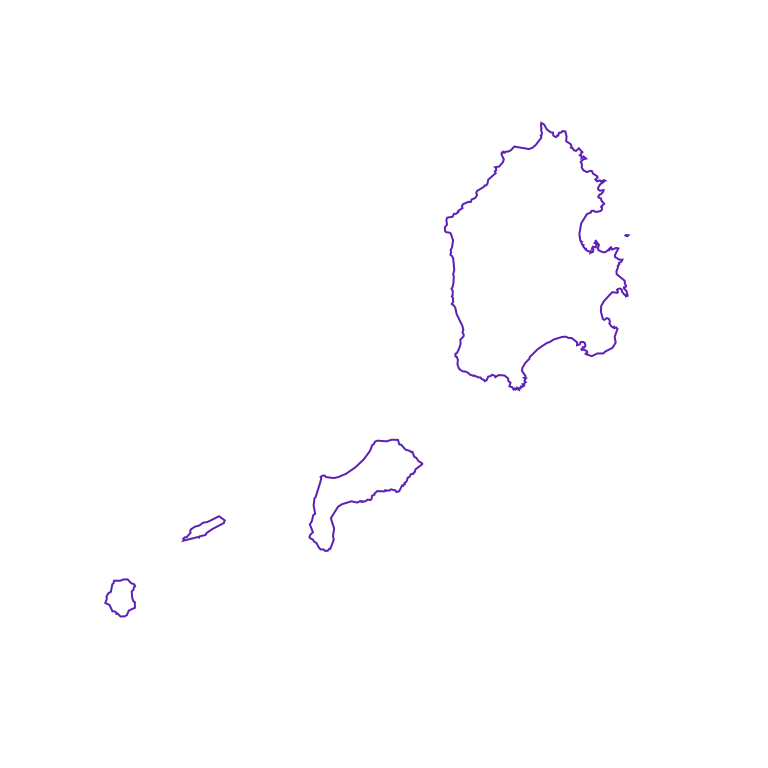 Nossa Senhora Da Luz, São Vicente, Cabo Verde (Robinson projection), rotated 105°
{"feature_id": "66160863B58817505266013", "entity_name": "Nossa Senhora Da Luz", "entity_type": "district", "adm_level": 2, "iso_a3": "CPV", "parent_name": "Cabo Verde", "parent_adm1": "São Vicente", "projection": "robinson", "projection_center": [-24.915, 16.763], "detail": "fine", "context": "isolated", "style": "outline", "palette": "violet", "viewbox_px": 768, "rotation_deg": 105, "n_neighbors": 0, "source": "geoboundaries", "source_scale": "gbopen_adm2", "svg_char_len": 6143}
<svg xmlns="http://www.w3.org/2000/svg" viewBox="0 0 768 768"><g transform="rotate(105 384 384)"><path d="M297.7,180.1L295.4,178.7L290.0,172.7L285.5,171.3L283.8,171.0L278.8,173.4L270.3,172.7L269.3,174.4L270.9,176.3L269.9,175.8L269.3,176.5L270.3,176.8L269.4,179.5L267.2,182.0L265.3,181.9L263.0,183.4L262.7,186.0L265.1,187.8L264.5,189.5L257.8,193.3L252.3,194.4L246.8,192.9L236.2,187.3L235.6,182.3L234.5,181.8L232.6,183.3L231.4,182.3L230.7,180.3L231.3,178.8L233.1,178.1L235.6,174.8L235.4,173.6L236.7,173.0L235.7,171.5L231.6,173.7L229.5,177.0L228.5,177.2L228.4,176.2L226.8,175.4L225.0,177.2L222.0,178.2L217.7,187.7L215.2,188.6L210.5,188.2L209.3,188.8L207.6,187.7L206.3,188.4L204.5,186.4L202.2,185.9L203.0,189.1L201.5,193.8L199.7,194.3L192.4,192.7L192.4,194.9L195.0,198.3L192.5,200.9L193.4,200.1L195.1,201.4L195.7,200.7L196.6,201.3L196.4,202.0L199.3,204.2L200.1,206.8L199.2,211.5L197.3,212.5L194.0,212.4L190.2,217.3L192.5,214.5L193.6,214.6L192.9,216.9L193.4,217.1L194.2,214.7L197.2,214.7L197.2,217.6L198.9,217.6L199.0,219.0L199.8,216.6L202.3,216.3L203.6,218.3L202.4,218.7L203.4,219.0L202.6,219.3L202.9,221.7L201.9,224.0L201.3,223.7L200.3,223.9L201.7,224.2L199.5,227.3L197.7,227.2L198.7,227.6L198.1,227.5L198.2,228.5L196.2,230.1L195.5,229.7L194.7,231.5L188.6,234.1L177.9,235.1L167.4,232.0L164.6,228.4L163.3,228.6L162.3,226.3L163.1,224.5L162.5,222.6L160.8,219.5L159.0,218.6L157.1,219.1L156.8,220.1L155.5,219.8L155.2,219.2L154.5,219.0L154.2,218.8L153.5,218.4L153.0,217.9L152.9,217.9L150.6,221.5L148.7,222.3L148.3,225.1L147.6,225.5L145.3,224.9L144.6,223.6L141.7,222.1L139.9,222.1L141.4,225.5L140.5,227.6L139.4,228.0L135.6,227.1L130.4,223.0L130.2,224.5L132.2,226.9L131.4,228.2L133.1,230.7L131.7,232.8L129.5,231.1L128.2,231.7L126.6,236.8L124.6,238.1L124.6,239.7L126.8,243.0L126.0,246.6L123.8,249.0L120.2,249.8L118.7,251.5L115.3,249.6L114.0,247.2L112.6,250.2L114.5,251.7L113.3,251.8L112.3,254.0L111.4,253.0L109.5,253.3L108.4,251.6L108.6,252.7L105.9,256.8L109.2,258.9L109.0,261.2L107.4,262.7L107.3,264.7L105.9,264.4L104.1,265.6L102.3,270.9L97.7,271.7L93.1,274.2L93.5,277.1L95.1,277.8L96.1,280.0L98.9,280.0L98.9,280.9L100.8,281.5L101.0,282.6L100.2,284.7L97.4,285.9L97.8,287.9L96.0,292.5L91.9,296.6L91.2,299.7L94.8,299.0L95.9,298.0L97.8,298.2L100.5,296.4L103.3,296.2L103.5,296.8L105.4,295.8L113.6,299.2L117.4,301.7L119.6,305.0L120.9,319.6L125.4,321.9L127.5,324.4L127.9,326.4L129.0,327.0L128.8,328.6L129.6,328.2L130.0,330.1L132.0,329.8L136.0,326.4L138.8,326.5L144.1,329.0L145.9,332.8L146.6,331.6L148.6,331.0L149.9,332.0L151.4,330.7L159.7,336.2L163.9,335.9L165.9,336.9L166.0,337.9L168.0,338.8L173.5,344.1L175.4,344.4L177.5,343.0L180.7,344.0L183.1,347.1L185.7,347.3L186.4,349.9L189.8,354.1L192.0,354.8L193.7,353.7L197.9,357.3L198.7,356.7L200.9,358.4L201.6,360.5L204.7,361.0L206.9,365.9L209.2,366.3L213.7,364.4L216.9,365.7L220.2,364.8L221.2,363.6L220.9,359.4L221.5,358.3L227.4,354.5L234.4,353.6L237.2,354.3L239.7,353.2L242.0,353.3L243.1,351.0L245.0,349.6L255.9,345.6L260.3,345.6L262.0,344.4L268.2,343.1L272.3,342.8L274.4,343.5L276.5,341.6L280.6,340.7L281.8,341.2L282.9,339.7L286.7,338.4L289.1,339.3L290.3,336.5L292.3,334.6L297.6,332.0L307.5,323.4L311.1,321.4L313.9,321.5L315.5,319.8L317.3,319.5L321.6,321.7L325.3,320.4L330.4,320.6L335.2,321.5L336.3,322.8L338.8,322.2L338.9,320.8L341.5,318.9L346.1,318.1L349.9,315.4L351.4,311.6L350.9,308.4L351.6,305.1L352.6,303.8L353.0,299.3L352.5,299.1L353.2,294.7L352.7,292.4L353.8,291.1L354.2,288.3L355.2,287.5L353.9,285.9L349.9,285.3L348.7,283.0L347.1,282.1L347.3,279.2L348.6,278.2L345.8,275.7L344.6,269.9L346.4,265.7L349.1,264.4L350.0,262.1L353.7,262.3L354.0,259.2L355.8,257.4L354.6,256.6L355.2,255.8L354.3,255.5L354.6,253.8L353.4,254.1L354.2,252.5L353.2,253.0L353.0,251.0L351.6,251.2L351.1,250.0L350.6,250.5L349.5,248.4L348.3,249.9L347.7,248.3L345.6,248.6L345.4,247.8L344.1,249.2L342.3,248.7L341.8,250.0L341.4,249.1L341.2,249.9L341.1,249.2L339.7,249.4L335.5,254.2L332.5,254.5L326.7,252.8L322.0,250.1L320.2,250.2L310.7,244.6L302.2,237.3L300.4,234.5L297.2,231.8L292.4,224.1L291.2,220.5L291.8,217.9L291.0,214.7L293.8,208.2L296.6,207.6L295.1,205.2L292.6,204.9L291.9,202.6L292.4,200.6L295.0,199.3L296.8,200.0L297.0,201.5L298.4,201.4L299.3,202.3L299.9,201.7L299.1,199.7L299.9,196.3L302.1,195.6L302.5,197.9L303.0,195.9L303.3,190.5L299.3,185.8L297.7,180.1ZM451.7,326.4L450.8,326.5L449.6,330.7L446.9,333.7L446.6,335.8L442.2,339.0L442.8,340.1L442.0,341.4L441.8,346.3L438.2,351.8L438.4,353.6L434.4,356.0L435.8,362.0L438.7,366.7L440.4,375.6L441.9,377.7L444.8,378.3L446.1,379.6L451.9,380.1L462.0,384.0L471.8,390.0L480.6,397.5L486.0,404.4L487.9,408.3L488.9,415.9L487.8,417.6L488.5,419.7L490.2,421.2L491.3,420.2L495.4,420.1L511.0,420.8L512.5,421.6L519.6,420.5L527.2,416.9L529.1,418.4L535.4,418.2L538.8,419.3L545.6,414.3L548.9,416.2L551.1,416.4L552.1,415.5L552.7,412.3L554.3,410.9L555.0,408.2L559.2,404.2L560.2,402.2L559.4,399.6L560.5,397.5L559.6,395.2L557.3,394.2L557.2,393.2L547.3,392.2L544.2,393.9L536.6,394.7L527.4,400.6L514.6,396.7L511.0,393.5L505.7,385.0L505.5,379.3L503.3,376.7L502.8,374.2L503.4,374.4L502.2,371.7L499.9,369.9L499.6,367.0L498.5,366.3L495.0,366.6L493.3,364.5L492.3,364.8L489.2,362.8L487.8,356.5L487.0,354.8L486.4,355.2L485.5,351.1L484.0,350.1L483.8,345.5L485.1,344.0L483.7,341.6L477.4,340.3L477.4,339.1L476.2,339.1L475.3,337.9L474.2,338.5L472.4,337.0L468.3,336.8L467.3,335.4L464.1,334.7L463.1,332.3L461.9,332.4L460.7,331.3L458.6,331.7L451.7,326.4ZM664.6,566.7L659.2,568.2L658.7,569.9L655.6,571.9L649.6,574.0L647.6,572.8L644.2,572.8L643.9,572.1L642.2,573.2L641.8,576.8L639.1,581.1L640.2,585.0L642.3,587.9L643.9,593.9L646.2,593.6L647.7,594.6L655.4,594.0L657.6,596.2L661.1,597.0L663.6,596.1L667.7,596.5L668.5,591.9L673.8,587.5L673.4,585.2L674.2,583.1L675.3,583.0L674.9,581.4L676.8,578.4L675.5,574.3L673.8,572.5L669.0,571.9L664.6,566.7ZM559.7,502.7L557.0,502.5L554.4,509.1L562.9,518.7L564.8,522.8L568.5,525.8L570.8,529.8L574.4,532.9L576.4,533.2L577.7,532.3L583.2,535.1L583.7,536.8L585.6,537.9L586.5,536.6L587.1,536.9L579.8,523.8L580.1,522.8L578.9,522.7L576.1,517.4L574.0,516.9L568.9,512.6L559.7,502.7ZM178.1,189.2L178.3,187.2L177.1,186.5L177.5,188.9L178.1,189.2Z" fill="none" stroke="#5b21b6" stroke-width="2"/></g></svg>